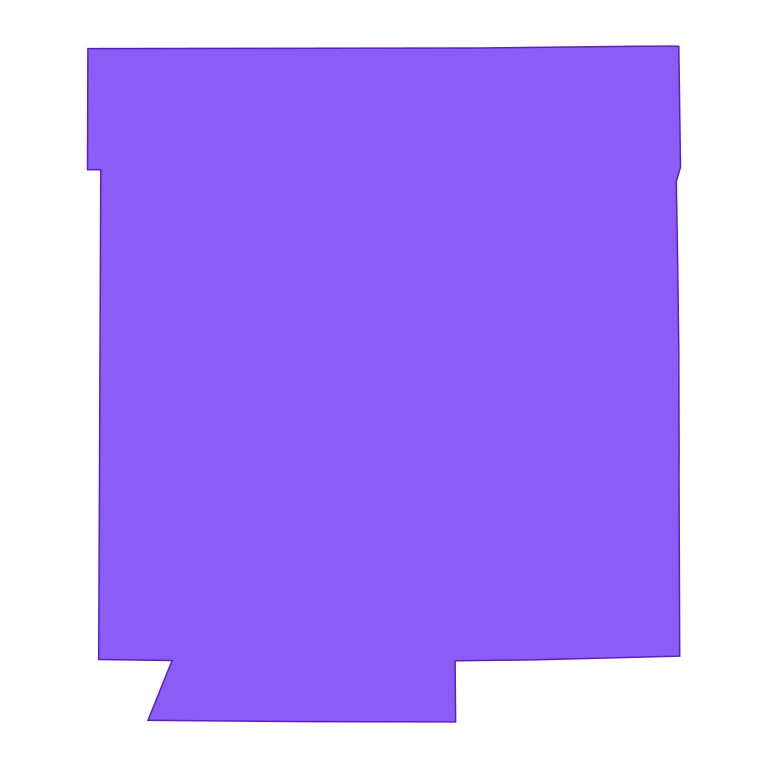 Hendricks, Indiana, United States of America (orthographic projection)
{"feature_id": "52423323B31792331256656", "entity_name": "Hendricks", "entity_type": "district", "adm_level": 2, "iso_a3": "USA", "parent_name": "United States of America", "parent_adm1": "Indiana", "projection": "orthographic", "projection_center": [-86.465, 39.762], "detail": "fine", "context": "isolated", "style": "filled", "palette": "violet", "viewbox_px": 768, "rotation_deg": 0, "n_neighbors": 0, "source": "geoboundaries", "source_scale": "gbopen_adm2", "svg_char_len": 412}
<svg xmlns="http://www.w3.org/2000/svg" viewBox="0 0 768 768"><path d="M148.0,720.3L303.9,721.6L455.6,721.9L455.1,660.8L501.5,660.2L532.4,659.9L664.3,656.5L679.7,656.1L679.0,473.7L679.1,452.9L678.8,350.1L677.6,258.5L676.3,181.6L680.5,167.2L678.8,46.3L670.6,46.1L632.4,46.3L480.9,48.0L87.9,48.6L87.5,169.7L100.8,169.7L98.7,659.5L172.1,660.5L148.0,720.3Z" fill="#8b5cf6" stroke="#5b21b6" stroke-width="1.5"/></svg>